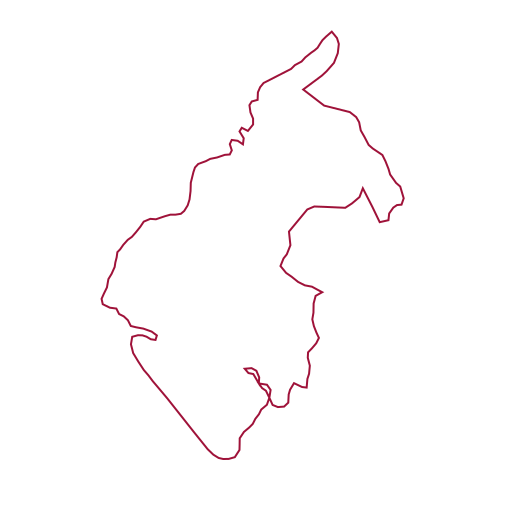 Cedral, Maranhão, Brazil (Equal Earth projection), rotated 157°
{"feature_id": "56859067B34122306289677", "entity_name": "Cedral", "entity_type": "district", "adm_level": 2, "iso_a3": "BRA", "parent_name": "Brazil", "parent_adm1": "Maranhão", "projection": "equal_earth", "projection_center": [-44.6, -1.977], "detail": "fine", "context": "isolated", "style": "outline", "palette": "rose", "viewbox_px": 512, "rotation_deg": 157, "n_neighbors": 0, "source": "geoboundaries", "source_scale": "gbopen_adm2", "svg_char_len": 2515}
<svg xmlns="http://www.w3.org/2000/svg" viewBox="0 0 512 512"><g transform="rotate(157 256 256)"><path d="M287.4,348.9L290.9,341.3L295.1,334.0L299.1,329.3L304.5,325.5L308.7,324.2L313.9,325.5L318.6,327.5L324.2,328.2L329.4,328.6L333.8,328.9L338.8,331.5L345.9,331.5L351.1,328.1L357.2,324.8L362.8,322.1L367.7,321.0L373.7,318.2L378.5,315.2L382.1,313.7L384.8,309.2L388.0,305.0L390.4,301.1L395.9,296.0L400.9,292.4L405.5,285.3L410.7,280.8L414.9,276.9L415.9,271.5L410.7,265.5L405.1,262.2L404.7,256.1L401.3,252.1L399.0,246.9L398.6,240.5L394.2,237.2L388.1,233.2L381.6,227.2L378.3,221.6L381.3,218.0L385.4,220.5L388.3,224.5L391.5,227.3L395.6,229.2L401.5,230.0L405.6,223.6L407.0,214.6L405.6,204.8L403.8,194.8L401.7,188.3L399.9,181.0L397.9,174.6L393.3,159.6L381.9,118.0L376.0,97.1L372.9,89.8L369.3,84.7L365.6,82.0L360.5,79.9L354.1,79.1L347.0,83.9L344.9,88.5L342.2,94.6L335.8,98.8L329.2,100.8L324.6,102.7L320.2,106.4L315.1,109.2L311.2,112.6L304.1,114.8L299.1,120.3L298.9,112.4L294.9,108.4L289.0,106.4L283.6,108.4L280.0,115.8L276.9,119.6L270.7,124.1L264.8,117.4L260.8,115.1L256.7,122.8L253.2,126.8L249.3,134.0L248.1,142.1L245.7,147.0L240.5,149.2L234.7,152.1L230.1,156.0L230.3,161.9L230.1,168.9L228.9,175.7L225.3,181.3L221.5,189.8L216.7,196.0L209.2,196.8L212.7,201.1L216.5,205.9L222.5,209.9L227.4,215.7L231.3,223.0L234.9,228.7L237.4,237.2L231.6,243.0L227.0,245.5L220.1,252.5L218.1,259.1L216.1,265.6L190.6,278.8L183.0,278.8L173.4,274.3L155.0,265.5L147.1,266.9L137.7,269.8L131.2,276.6L129.7,255.7L128.9,238.8L120.1,237.2L116.8,243.1L110.7,246.9L106.3,247.8L102.0,246.4L97.5,251.4L96.1,263.6L98.5,268.5L100.7,278.6L100.0,284.4L99.8,292.6L100.2,299.6L106.5,309.3L108.9,314.2L109.6,323.0L110.5,330.7L108.8,338.8L109.5,344.7L113.4,351.8L134.5,367.8L147.5,390.8L124.9,396.3L118.8,398.5L108.8,403.3L101.5,410.7L96.9,418.8L96.3,425.0L98.6,432.9L105.7,430.6L110.5,428.7L114.3,426.2L118.0,423.6L121.8,422.4L125.7,421.6L132.9,419.6L138.1,417.2L145.6,416.5L150.6,414.5L157.5,414.0L181.4,412.3L186.2,409.8L190.3,405.9L193.5,399.1L199.5,399.9L203.1,397.4L205.0,390.3L205.0,383.6L207.3,378.2L214.6,374.3L219.0,379.6L222.5,377.1L221.3,369.2L224.4,363.9L227.8,369.2L233.0,372.3L236.4,369.2L237.0,362.7L240.5,359.7L245.2,361.3L253.3,361.9L260.2,363.3L265.0,362.9L273.2,363.3L277.6,361.3L280.8,357.7L287.4,348.9ZM303.2,137.6L304.6,148.4L308.7,151.2L310.4,156.6L303.9,154.5L300.5,150.2L300.5,143.0L303.2,137.6ZM299.1,120.3L299.5,128.1L302.0,132.0L303.2,137.6L296.2,133.2L294.9,127.0L299.1,120.3Z" fill="none" stroke="#9f1239" stroke-width="2"/></g></svg>